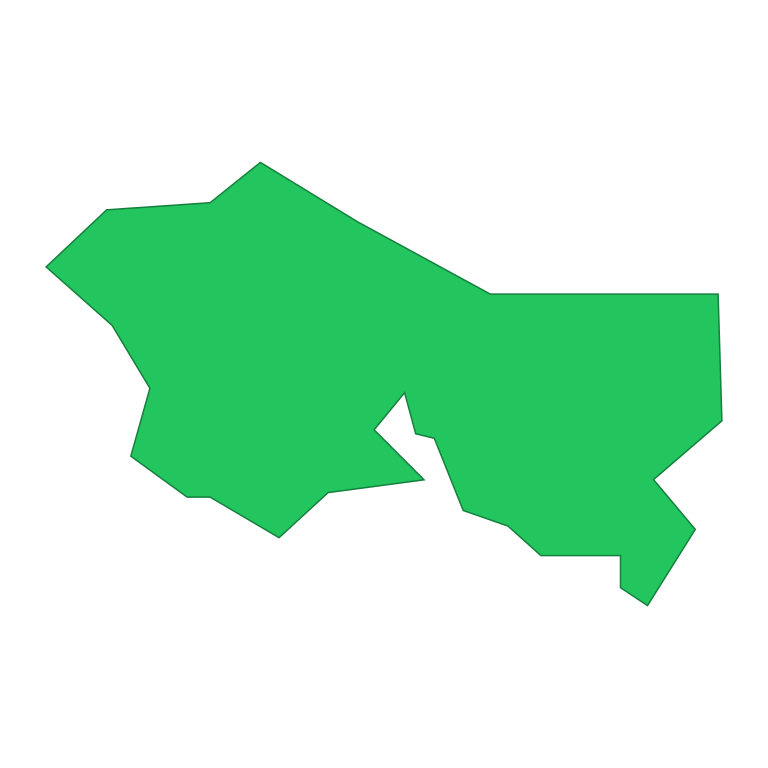 the border of Tuen Mun
{"feature_id": "HKG-5166", "entity_name": "Tuen Mun", "entity_type": "state/province", "adm_level": 1, "iso_a3": "HKG", "parent_name": "Hong Kong S.A.R.", "parent_adm1": "", "projection": "natural_earth1", "projection_center": [113.971, 22.389], "detail": "fine", "context": "isolated", "style": "filled", "palette": "green", "viewbox_px": 768, "rotation_deg": 0, "n_neighbors": 0, "source": "natural_earth", "source_scale": "10m", "svg_char_len": 479}
<svg xmlns="http://www.w3.org/2000/svg" viewBox="0 0 768 768"><path d="M647.5,605.6L620.5,587.7L620.5,555.6L540.9,555.6L508.0,526.1L463.2,510.5L434.3,438.3L415.7,433.8L404.6,392.7L374.1,429.8L424.0,479.8L328.1,492.6L279.0,537.7L210.1,497.1L187.1,497.1L130.8,456.2L149.9,388.3L112.2,325.5L46.1,266.9L106.7,209.8L210.1,202.7L260.4,162.4L357.2,221.6L490.2,294.1L718.1,294.1L721.9,420.8L653.5,479.6L695.3,529.4L647.5,605.6Z" fill="#22c55e" stroke="#15803d" stroke-width="1.5"/></svg>